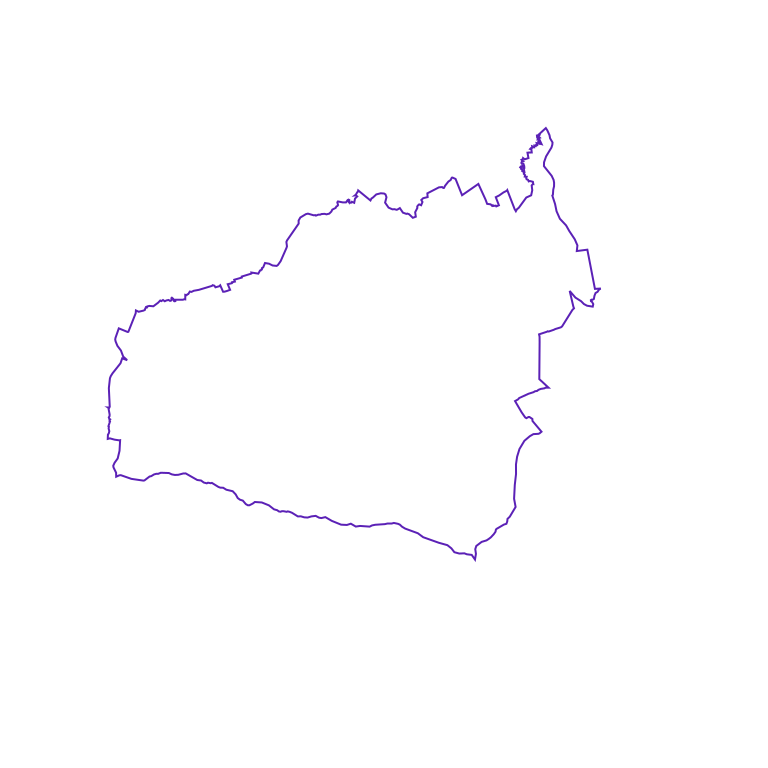 Homoroade, Satu Mare, Romania (Robinson projection), rotated 57°
{"feature_id": "2599482B99777504625333", "entity_name": "Homoroade", "entity_type": "district", "adm_level": 2, "iso_a3": "ROU", "parent_name": "Romania", "parent_adm1": "Satu Mare", "projection": "robinson", "projection_center": [23.062, 47.634], "detail": "fine", "context": "isolated", "style": "outline", "palette": "violet", "viewbox_px": 768, "rotation_deg": 57, "n_neighbors": 0, "source": "geoboundaries", "source_scale": "gbopen_adm2", "svg_char_len": 6165}
<svg xmlns="http://www.w3.org/2000/svg" viewBox="0 0 768 768"><g transform="rotate(57 384 384)"><path d="M386.8,573.8L391.5,569.3L395.8,568.5L400.0,568.8L402.6,567.8L404.9,565.9L409.5,565.3L411.6,564.2L412.4,562.9L412.8,559.1L412.6,556.6L416.8,551.0L423.1,546.6L429.2,544.5L431.7,542.3L433.6,541.6L434.8,540.3L435.1,538.8L436.1,537.4L438.2,535.2L438.4,534.1L439.9,532.7L441.9,531.3L448.1,528.4L449.7,525.8L452.4,523.5L454.4,520.8L455.5,517.0L457.4,513.1L460.7,511.3L462.3,509.6L463.7,505.7L470.4,502.3L478.6,496.6L482.0,491.9L483.1,487.9L488.2,485.3L490.0,481.4L495.8,473.7L496.1,471.0L497.3,468.0L502.0,459.6L502.9,457.1L505.2,453.6L505.9,451.4L508.9,448.4L510.6,447.3L513.5,446.6L516.8,445.0L527.6,436.9L533.8,434.6L547.0,424.5L553.7,418.6L558.5,417.0L563.4,416.6L567.2,413.2L569.8,408.8L571.9,407.3L575.1,403.5L580.8,403.3L576.5,399.4L572.2,397.4L570.1,394.8L569.6,388.1L571.0,383.2L571.0,380.6L570.8,377.9L569.7,373.6L568.6,370.9L567.1,369.5L566.8,368.6L567.2,360.0L567.9,357.5L566.4,355.5L564.4,353.9L563.8,350.8L558.8,340.6L551.1,337.4L539.9,329.3L531.4,322.3L523.3,317.1L517.5,312.0L512.3,305.8L508.1,297.2L507.2,290.2L507.4,286.0L509.9,281.6L510.1,280.4L509.8,277.9L495.9,279.6L494.1,278.6L490.9,280.0L490.4,280.7L490.2,283.2L488.9,283.8L482.8,284.0L469.7,283.4L469.9,279.9L469.4,278.2L470.9,268.1L472.3,263.0L472.3,261.4L473.2,259.4L473.0,257.7L473.5,255.2L475.0,251.8L475.1,250.5L476.7,248.0L464.5,251.1L433.8,230.8L429.1,227.8L426.8,226.9L428.9,218.9L428.9,218.1L429.7,217.3L431.0,212.1L431.2,210.4L432.8,204.8L432.7,203.3L424.5,185.7L424.0,183.4L422.4,183.1L407.1,177.6L415.8,176.4L421.9,173.6L425.8,172.8L428.9,171.1L432.8,166.8L431.0,165.0L428.5,164.8L427.2,165.3L426.3,164.8L426.3,164.0L426.9,163.3L427.0,161.7L424.6,159.4L422.9,157.0L423.0,154.7L421.9,152.2L422.0,151.1L421.6,150.9L419.1,155.3L382.1,140.3L377.5,149.9L373.1,146.3L366.6,145.2L356.7,145.3L350.1,144.9L341.2,146.5L333.1,145.2L326.2,142.5L317.6,140.2L317.3,139.3L313.2,136.2L310.8,133.7L307.8,131.7L305.2,130.6L300.7,130.0L288.4,131.2L285.2,129.0L281.4,124.1L276.9,114.8L275.0,112.5L273.2,111.1L268.4,110.9L265.5,109.7L260.3,108.9L257.5,108.9L259.1,118.6L259.7,117.7L260.0,118.1L258.9,120.4L260.3,121.1L260.6,119.6L262.3,119.2L261.8,121.1L262.7,122.1L263.8,120.5L268.6,121.2L267.7,121.9L264.8,122.4L264.9,122.8L266.8,123.2L265.1,124.8L268.0,125.7L267.1,125.7L266.4,126.6L267.0,127.2L265.9,128.0L267.2,129.0L265.3,130.3L266.7,130.9L266.2,132.3L266.5,133.4L267.5,132.6L270.3,134.0L268.4,137.1L268.7,137.5L268.4,137.8L273.2,139.8L272.2,143.6L270.3,144.3L271.0,144.9L270.9,146.5L272.9,145.9L272.6,147.3L273.4,148.4L274.3,148.5L275.1,147.1L277.6,147.7L279.4,148.7L279.5,149.3L279.0,149.6L276.5,149.1L276.1,150.9L276.5,151.8L277.4,151.4L278.3,151.9L279.7,151.0L280.6,152.1L281.6,151.7L281.5,150.3L283.2,151.0L283.4,151.9L283.9,152.3L285.6,151.9L286.7,153.0L287.9,151.5L288.8,152.6L290.0,152.9L291.2,152.0L292.9,152.3L293.2,151.1L295.5,149.0L297.7,149.9L297.4,150.3L297.9,152.0L302.2,154.1L305.9,157.8L305.1,163.1L309.6,174.9L309.9,177.4L310.9,179.3L308.5,179.2L288.5,175.0L288.8,175.7L288.4,179.4L288.6,184.7L288.2,188.5L296.7,190.3L296.2,193.1L295.3,193.1L294.2,195.4L293.4,195.4L293.5,196.3L291.4,196.7L289.1,199.4L284.6,198.4L267.6,195.9L268.2,215.7L251.0,212.3L248.2,214.1L247.9,214.8L249.2,217.0L249.3,219.8L251.0,224.8L252.2,226.8L251.9,227.5L250.5,228.0L249.0,230.8L247.7,243.8L251.0,245.6L249.5,250.0L250.0,252.5L252.3,252.6L254.3,255.5L252.5,256.7L252.8,258.6L253.5,259.7L254.5,260.1L256.9,264.3L261.0,266.2L260.3,269.3L255.3,270.5L253.8,271.6L253.5,272.6L250.6,274.8L245.1,274.9L245.0,277.8L244.7,278.6L243.1,280.0L242.1,281.8L238.6,284.1L232.5,284.3L228.7,280.2L225.8,279.5L224.3,280.2L222.3,282.8L220.8,287.2L221.6,291.8L221.6,293.5L222.7,295.4L207.6,300.2L208.5,301.1L208.6,302.0L209.9,304.5L210.0,305.7L210.4,304.9L212.1,304.3L212.7,307.3L215.8,310.3L213.7,311.7L214.1,312.5L213.6,313.6L212.2,313.8L210.8,312.9L210.1,313.3L210.2,313.8L211.7,314.5L210.1,314.7L211.0,317.0L209.2,319.7L205.8,323.2L206.2,324.2L208.9,325.1L209.3,326.1L209.2,327.3L210.0,328.7L209.6,332.4L210.7,334.2L211.3,337.1L210.4,339.8L208.9,341.2L207.4,343.9L207.3,345.1L206.2,346.9L205.7,349.4L205.0,349.6L204.2,351.1L199.7,355.0L199.0,357.0L198.8,363.5L200.4,366.6L203.0,368.2L210.8,387.2L211.7,388.5L215.7,390.4L216.7,391.6L224.7,403.8L226.4,408.1L226.5,409.7L223.9,412.9L220.5,414.9L217.7,417.9L220.4,421.8L220.3,423.1L221.4,424.0L221.2,424.6L221.6,425.4L221.3,426.2L223.0,429.3L218.3,434.5L219.1,434.8L219.1,435.4L216.4,444.8L217.3,445.3L215.0,452.8L216.9,453.3L215.9,456.0L216.5,456.2L216.6,456.7L215.2,460.7L221.2,461.8L220.5,464.9L219.7,467.5L219.0,468.7L212.0,467.6L212.3,468.9L211.1,472.7L209.2,472.7L207.8,473.9L208.0,474.9L204.2,488.0L202.2,492.8L201.9,495.3L200.7,496.5L202.0,499.2L201.7,499.9L202.0,501.2L201.0,502.1L204.8,504.6L204.1,505.4L203.8,506.8L199.6,513.2L200.8,513.8L200.7,514.4L200.2,514.9L197.7,514.4L196.1,514.9L196.2,515.5L198.1,516.7L198.0,517.6L197.7,518.2L196.2,518.9L195.4,521.0L195.2,522.8L193.2,523.6L193.2,525.6L192.1,526.2L192.8,529.2L193.2,535.1L190.7,538.3L190.1,540.0L190.4,540.6L190.0,540.6L189.8,541.5L190.5,541.8L190.5,543.0L191.6,544.1L191.5,545.6L189.8,550.4L187.2,552.0L189.4,553.7L201.0,570.0L200.7,570.7L192.9,576.1L199.1,584.1L200.3,585.2L202.1,585.9L206.8,586.8L212.7,586.4L219.0,587.8L223.3,586.6L223.5,586.9L219.9,589.6L223.1,593.7L227.2,605.9L228.6,608.9L229.9,610.7L237.6,617.0L253.7,626.4L254.1,627.2L253.4,628.2L255.3,627.3L254.1,628.2L260.1,630.7L261.5,631.7L262.1,633.0L263.5,633.3L264.3,633.0L264.3,633.5L264.8,633.5L265.5,634.4L266.2,634.2L269.3,638.1L270.0,638.0L271.2,639.1L274.0,640.1L275.5,641.7L276.1,643.1L279.6,645.6L280.3,643.5L283.9,640.3L287.0,636.8L287.4,635.9L296.0,642.2L301.4,647.9L303.3,652.8L305.1,655.6L306.7,656.3L312.5,657.0L315.9,659.1L316.4,655.8L317.1,654.4L326.0,647.5L334.0,638.4L334.4,637.4L333.9,631.0L334.5,629.4L334.6,626.1L335.3,623.9L336.3,622.4L336.9,619.5L341.5,612.9L344.2,611.2L346.4,608.9L348.1,606.0L349.7,601.1L351.0,599.0L362.8,592.9L365.3,590.0L368.5,588.8L370.8,586.7L370.9,585.4L372.8,583.4L373.2,582.2L380.2,578.9L381.8,577.7L383.4,575.4L386.8,573.8Z" fill="none" stroke="#5b21b6" stroke-width="2"/></g></svg>